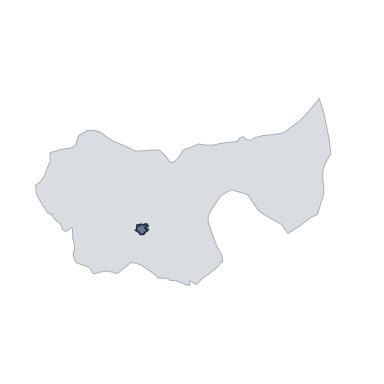 location of Jaunpiebalgas pag., Jaunpiebalgas, Latvia, rotated 163°
{"feature_id": "27541924B32667886531157", "entity_name": "Jaunpiebalgas pag.", "entity_type": "district", "adm_level": 2, "iso_a3": "LVA", "parent_name": "Latvia", "parent_adm1": "Jaunpiebalgas", "projection": "albers", "projection_center": [26.006, 57.148], "detail": "fine", "context": "in_parent", "style": "filled", "palette": "slate", "viewbox_px": 384, "rotation_deg": 163, "n_neighbors": 0, "source": "geoboundaries", "source_scale": "gbopen_adm2", "svg_char_len": 4127}
<svg xmlns="http://www.w3.org/2000/svg" viewBox="0 0 384 384"><g transform="rotate(163 192 192)"><path d="M274.8,281.7L272.7,281.3L266.7,279.0L261.6,275.6L258.6,271.0L253.3,264.6L249.9,261.4L244.6,257.3L235.7,249.0L232.5,247.1L216.7,243.4L211.0,241.7L205.9,232.2L204.3,226.8L201.8,225.8L199.0,226.8L195.9,227.9L188.7,234.1L186.4,235.0L182.0,234.9L171.7,236.1L167.1,233.6L159.0,230.8L154.6,230.3L150.7,230.2L133.6,227.1L130.3,229.7L127.1,230.0L124.2,225.7L120.4,224.3L116.1,225.5L108.4,225.3L99.3,223.5L87.7,221.8L86.0,222.2L72.7,227.0L69.5,227.6L54.8,236.1L43.0,244.2L42.7,230.0L45.5,201.8L48.1,188.0L56.3,180.4L60.5,174.3L63.3,166.0L64.5,158.2L66.5,151.9L78.5,134.0L87.2,132.5L99.0,128.0L112.2,124.4L114.4,130.0L115.4,134.3L130.4,150.2L134.1,155.4L139.5,173.2L153.8,182.6L165.5,180.2L170.6,176.0L180.1,168.3L184.3,162.6L185.3,157.0L184.2,133.0L182.0,122.6L183.0,116.1L184.6,116.5L188.5,113.5L201.2,108.0L203.7,107.7L206.6,106.6L214.6,102.3L217.1,104.7L219.2,107.4L220.4,107.4L220.9,106.4L220.8,104.7L221.4,103.5L223.6,104.2L232.7,111.5L236.3,113.2L238.7,113.7L241.6,117.1L249.4,119.4L250.4,121.1L251.0,123.3L258.4,132.5L261.7,137.1L268.3,141.3L271.2,142.3L282.6,137.9L285.8,136.3L288.5,136.3L291.2,138.5L297.4,141.4L303.1,142.3L304.1,142.1L308.8,142.3L310.5,143.4L311.7,149.3L317.2,153.7L322.4,157.4L323.7,159.2L324.2,162.6L323.9,166.6L323.4,168.6L321.3,171.1L319.6,177.1L319.5,182.9L316.8,192.9L317.5,193.0L323.6,191.1L325.4,192.1L326.8,194.2L327.4,200.4L329.5,203.1L331.7,207.5L332.4,210.8L336.5,214.8L336.9,217.4L339.6,226.6L340.7,231.9L341.3,236.0L340.2,241.3L339.3,244.8L338.0,244.7L334.5,245.7L328.9,250.1L320.8,260.4L318.6,262.7L316.6,270.4L316.1,271.2L311.1,271.0L309.8,270.8L304.8,271.1L294.0,269.3L289.8,270.6L284.4,278.5L282.3,279.6L275.9,280.8L274.8,281.7Z" fill="#d9dde1" stroke="#a8b0b8" stroke-width="1"/><path d="M250.2,165.9L250.0,166.0L249.9,166.0L249.5,166.4L249.3,166.5L249.1,166.7L249.0,166.8L248.9,166.9L248.9,167.0L248.7,167.1L248.3,167.2L248.2,167.4L247.9,167.5L247.7,167.6L247.4,167.6L246.9,168.0L246.9,167.9L246.7,167.8L246.5,168.0L246.4,168.0L246.5,168.2L246.4,168.3L246.2,168.4L246.1,168.2L245.8,168.0L245.7,168.0L245.3,168.2L245.2,168.3L245.2,168.5L245.2,168.8L245.3,168.9L245.3,169.0L245.2,169.1L245.3,169.1L245.5,169.2L245.8,169.3L246.0,169.4L246.2,169.5L246.3,169.6L246.2,169.7L246.2,169.8L246.3,169.8L246.3,170.0L246.2,170.1L246.1,170.3L246.8,170.4L247.0,170.5L247.4,170.8L247.7,171.1L247.5,171.3L247.4,171.5L247.2,171.5L246.9,171.6L246.7,171.8L246.7,172.0L246.6,172.3L246.5,172.5L245.9,172.7L245.9,172.8L245.7,172.8L245.4,172.7L245.2,172.7L245.1,172.2L244.9,172.2L244.9,172.3L244.8,172.2L244.8,172.3L244.7,172.3L243.8,172.7L243.9,172.8L244.2,173.3L244.3,173.4L244.3,173.5L244.5,174.1L244.5,174.3L244.7,174.5L244.8,174.7L245.0,174.8L245.1,175.0L245.6,174.9L245.8,174.9L246.0,174.8L246.2,174.7L246.4,174.6L246.6,174.8L246.6,174.7L246.8,174.7L247.3,174.6L247.6,174.5L247.9,174.5L248.0,174.6L248.1,174.8L248.8,175.2L249.0,175.2L249.1,175.3L249.5,175.8L249.8,176.0L250.0,176.0L250.6,176.0L250.7,176.3L250.8,176.3L251.6,176.2L251.8,176.2L251.6,175.8L251.6,175.6L251.7,175.4L251.8,175.3L251.9,175.2L252.1,175.0L252.4,175.0L252.5,175.1L252.6,175.3L252.6,175.2L252.7,175.3L252.8,175.3L252.9,175.5L253.0,175.5L253.5,175.7L253.7,175.8L253.7,176.0L253.8,176.0L254.0,176.1L253.9,176.2L254.0,176.2L254.1,176.3L254.1,176.2L255.1,175.0L255.2,174.6L255.2,174.4L255.2,173.8L255.2,173.7L255.3,173.6L255.4,173.4L255.5,173.4L255.6,173.2L255.7,172.9L256.5,172.4L256.4,172.4L256.5,172.2L256.4,172.1L256.4,171.9L256.5,171.8L256.5,171.7L256.4,171.5L256.3,171.4L256.2,171.4L255.9,171.3L256.0,171.2L255.9,171.2L255.9,170.9L256.0,170.7L255.9,170.6L255.8,170.3L255.7,170.1L255.4,169.8L255.4,169.7L255.2,169.6L254.9,169.5L254.6,169.3L254.6,168.9L254.4,168.8L254.4,168.6L254.3,168.4L254.3,168.2L254.2,168.0L254.2,167.9L254.2,167.7L253.8,167.5L253.8,167.4L254.0,166.8L253.9,166.8L253.0,166.2L252.4,165.9L252.1,165.9L252.0,166.0L251.8,166.0L251.5,165.9L251.4,165.9L251.3,166.0L251.2,166.0L251.2,165.9L250.9,165.9L250.7,165.9L250.4,165.8L250.2,166.0L250.2,165.9Z" fill="#64748b" stroke="#1e293b" stroke-width="1.5"/></g></svg>